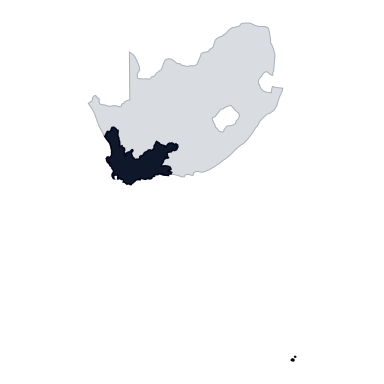 Western Cape highlighted on a map of South Africa
{"feature_id": "ZAF-1189", "entity_name": "Western Cape", "entity_type": "Province", "adm_level": 1, "iso_a3": "ZAF", "parent_name": "South Africa", "parent_adm1": "", "projection": "orthographic", "projection_center": [20.981, -38.718], "detail": "fine", "context": "in_parent", "style": "filled", "palette": "ink", "viewbox_px": 384, "rotation_deg": 0, "n_neighbors": 0, "source": "natural_earth", "source_scale": "10m", "svg_char_len": 9498}
<svg xmlns="http://www.w3.org/2000/svg" viewBox="0 0 384 384"><path d="M242.3,23.3L248.9,23.0L251.8,23.8L255.2,25.5L258.5,26.4L264.1,26.5L266.0,26.9L267.5,27.5L268.5,28.4L269.7,34.0L270.7,40.0L270.5,41.9L270.6,42.6L272.0,45.3L272.5,46.9L273.3,48.3L274.8,54.7L274.9,55.9L273.6,71.0L272.7,72.8L272.9,75.2L271.9,75.4L266.8,71.7L265.8,71.7L264.2,72.7L262.6,74.3L261.9,75.8L258.8,79.6L258.4,82.2L258.5,84.4L259.4,84.6L259.9,86.3L261.2,89.0L263.5,91.0L265.7,92.0L268.9,92.5L271.4,92.8L271.4,91.0L272.4,86.5L276.6,87.6L282.8,88.2L282.1,91.2L279.2,97.7L277.0,105.3L274.8,109.0L273.6,110.5L270.4,113.0L268.7,113.7L267.4,113.9L261.8,119.1L259.6,121.7L257.6,125.6L255.7,127.6L252.9,132.2L248.0,138.8L244.0,143.1L242.3,144.3L241.2,144.8L238.1,147.2L233.8,151.2L230.5,154.8L225.6,158.8L222.8,160.5L218.6,164.0L217.5,164.5L212.8,167.7L209.5,169.6L204.2,171.7L202.2,172.3L197.3,171.4L195.3,171.6L193.5,173.0L193.2,175.2L192.5,175.5L188.1,174.3L186.2,174.3L185.1,175.4L184.2,176.9L181.6,176.8L177.1,175.2L171.7,174.1L170.5,173.9L167.9,175.0L166.9,175.1L163.1,174.8L161.1,174.0L159.0,174.0L157.5,174.6L155.6,174.7L150.5,178.7L147.9,178.7L145.7,179.2L141.7,178.6L140.5,178.9L139.3,179.6L136.6,179.9L135.5,180.5L131.0,184.3L129.1,183.9L126.8,183.9L124.1,182.0L123.0,182.1L123.3,181.5L123.4,180.5L122.4,179.4L121.3,179.5L120.8,178.6L119.1,178.6L117.8,178.9L117.5,175.4L116.9,175.1L115.2,175.1L114.4,175.2L114.1,175.5L113.7,176.3L113.7,178.7L113.1,178.1L112.5,176.6L112.2,175.1L112.4,173.3L113.6,172.6L113.2,170.3L111.2,166.4L110.0,165.6L109.0,163.7L108.1,163.0L107.7,161.6L106.7,160.5L106.4,158.7L106.8,157.6L107.6,157.1L108.4,157.9L109.4,157.5L110.8,156.2L111.6,154.2L111.6,151.1L111.3,149.1L110.0,144.1L109.5,143.0L106.8,139.4L103.7,134.7L99.6,127.2L97.7,122.7L94.6,113.7L91.9,108.6L88.7,103.9L88.3,103.6L88.8,103.0L90.4,101.8L91.1,101.4L91.5,101.5L91.9,101.2L92.2,100.4L92.4,98.7L93.1,96.9L93.8,96.1L95.2,95.5L96.3,96.1L96.8,96.8L97.0,97.6L97.5,98.0L98.3,98.0L98.9,98.5L99.2,99.6L99.2,100.4L98.8,100.9L98.8,101.6L99.4,102.3L100.1,104.1L103.1,104.9L104.7,105.0L106.3,105.4L107.8,106.1L110.3,106.2L113.7,105.7L116.5,105.9L118.7,106.6L120.3,106.7L121.2,106.2L121.6,105.5L121.5,104.5L122.0,103.9L123.1,103.7L124.0,103.0L124.6,101.8L126.2,100.9L128.6,100.1L129.8,100.1L129.4,52.0L133.9,55.3L134.9,56.8L137.1,61.2L139.3,66.8L139.7,69.5L139.6,70.0L137.3,73.7L137.2,75.5L137.5,77.6L138.0,78.6L138.7,79.0L140.3,78.5L142.7,79.0L147.2,78.8L149.5,79.1L150.1,78.9L150.6,78.5L151.2,77.2L151.8,76.8L153.9,76.3L154.9,75.5L156.4,73.1L161.0,69.8L161.5,69.0L164.5,61.0L165.4,59.9L166.7,59.2L169.2,58.7L170.7,59.0L172.3,59.8L174.1,61.0L176.7,63.2L177.7,63.6L180.3,63.8L182.0,65.3L187.0,66.4L188.4,66.4L190.0,65.7L192.6,65.9L195.4,65.5L197.1,64.1L200.7,55.6L201.1,53.7L201.5,53.2L204.2,52.3L207.4,51.8L208.1,51.4L210.2,49.1L213.0,47.3L215.1,40.4L216.4,38.9L217.2,38.2L217.6,38.3L218.3,37.9L219.2,37.1L220.3,36.6L221.5,36.5L222.4,36.0L222.8,35.1L223.4,34.7L224.3,34.8L224.8,34.6L225.0,33.9L227.0,32.6L227.1,32.0L228.3,30.6L230.7,28.5L232.8,27.4L234.8,27.3L238.5,26.4L239.9,25.4L240.8,24.0L242.3,23.3ZM230.0,125.9L233.1,125.0L235.5,123.6L236.2,120.8L238.1,119.2L238.8,117.6L239.5,115.4L238.6,112.9L237.2,112.1L234.8,109.8L233.7,108.3L232.3,107.0L231.2,105.5L229.4,105.8L226.5,106.7L224.8,107.6L223.2,108.7L220.6,109.4L217.9,113.1L217.1,114.0L215.0,116.7L212.2,117.9L212.1,118.4L212.9,120.8L214.0,123.2L215.2,125.2L215.1,126.3L215.5,127.3L216.7,128.0L218.5,130.5L219.5,131.3L222.5,132.1L222.9,132.0L223.8,130.7L224.0,129.7L226.2,126.8L227.2,125.9L230.0,125.9Z" fill="#d9dde1" stroke="#a8b0b8" stroke-width="1"/><path d="M171.1,173.9L170.5,173.9L168.7,174.2L168.3,174.5L168.1,174.7L168.0,174.9L168.0,175.2L168.2,175.4L168.5,175.4L168.5,175.5L164.7,175.1L164.5,174.5L164.2,174.5L164.0,174.3L164.0,174.5L164.3,174.7L164.4,174.9L164.3,175.1L163.8,175.0L163.3,175.0L162.4,174.8L161.8,174.4L161.7,174.0L161.9,173.9L161.7,173.8L161.0,173.6L161.2,174.0L161.6,174.3L161.4,174.3L161.1,174.3L159.9,173.8L159.4,173.8L159.0,173.9L158.4,174.4L157.9,174.6L157.4,174.7L155.9,174.6L155.0,174.8L154.6,175.0L154.2,175.4L154.1,175.7L154.1,175.9L154.5,176.2L154.4,176.3L152.7,176.6L152.3,176.8L152.0,177.1L152.0,177.7L151.7,178.3L151.0,178.7L150.0,178.9L149.6,179.0L148.4,178.7L147.7,178.4L146.6,178.7L146.4,179.0L145.6,179.3L145.2,179.4L144.7,179.3L142.4,178.6L141.4,178.5L140.8,178.5L140.4,178.7L140.5,178.7L139.6,179.0L139.9,179.1L140.2,179.3L140.3,179.6L140.2,179.8L138.1,179.6L136.5,179.8L136.1,180.0L135.7,180.3L134.9,181.3L134.5,181.5L134.3,181.8L133.8,182.0L133.4,182.3L133.2,182.8L132.8,182.8L132.4,183.0L131.6,183.6L131.3,184.0L131.4,184.5L130.8,184.7L130.3,184.6L129.2,183.8L127.5,183.9L127.3,183.9L127.1,184.1L126.8,184.1L126.7,183.9L126.1,183.6L125.3,182.7L124.7,182.4L124.1,181.9L123.9,181.9L123.6,182.0L123.4,182.1L123.2,182.0L123.7,181.1L123.7,180.9L123.7,180.6L123.3,179.7L122.9,179.3L122.0,179.5L121.3,179.5L121.0,179.3L120.6,178.7L120.9,178.6L121.2,177.8L121.0,178.0L120.6,178.5L119.7,178.5L118.3,178.8L117.9,179.1L117.7,179.0L117.6,178.9L117.7,178.6L117.6,178.0L117.9,177.4L117.7,176.5L118.0,176.0L117.6,175.3L117.4,175.2L116.7,175.1L115.7,175.0L114.7,175.1L113.8,175.5L113.5,175.9L113.4,176.2L113.5,176.3L113.7,176.6L113.8,177.1L113.8,178.3L113.8,178.5L114.0,178.7L113.8,178.7L113.5,178.6L113.1,178.1L112.8,177.6L112.8,177.1L112.7,177.0L112.6,176.6L112.2,176.4L112.0,176.1L112.0,175.9L112.3,175.7L112.4,175.1L112.5,174.9L112.2,175.0L112.0,174.7L112.4,173.9L112.6,173.1L112.9,172.8L113.7,172.8L113.9,172.3L113.8,172.0L113.6,171.7L113.2,170.1L112.8,169.2L111.9,168.4L111.8,167.4L111.4,166.8L111.1,166.4L109.9,165.6L110.0,165.4L109.9,165.1L109.0,163.6L108.5,163.1L108.1,162.9L107.6,162.3L108.1,162.1L108.4,162.6L108.6,162.6L108.5,162.8L109.3,163.6L109.6,163.5L109.2,163.0L109.2,162.7L108.9,162.6L108.6,162.3L108.6,161.6L108.4,161.1L108.1,161.0L107.4,161.0L107.6,161.3L107.1,161.6L107.0,161.4L106.7,160.7L106.8,160.5L106.5,159.7L106.7,159.2L106.3,158.6L106.5,158.5L106.9,158.2L106.9,157.3L107.6,157.0L107.8,157.0L107.7,157.1L107.8,157.3L108.4,157.8L108.9,158.0L109.4,157.9L111.0,156.1L111.3,155.6L111.7,154.0L111.7,153.5L111.6,152.6L111.4,152.1L111.5,151.9L111.7,151.5L111.8,151.0L111.3,149.2L111.1,147.8L110.8,146.9L110.8,146.1L110.3,145.2L110.3,144.9L110.1,144.0L109.9,143.5L108.4,141.4L107.8,140.8L107.6,140.4L107.1,139.9L106.6,139.2L106.3,138.9L106.0,138.0L105.4,137.5L104.8,136.5L105.4,136.6L105.4,135.2L106.0,134.5L106.1,133.5L106.8,132.8L107.0,131.9L107.6,131.3L108.0,131.3L109.1,131.9L110.1,131.4L110.7,130.5L111.1,129.6L111.4,128.6L111.9,127.6L112.5,127.9L112.7,127.5L113.0,127.2L113.6,127.1L115.7,128.5L116.4,129.5L117.0,130.0L118.1,130.4L118.1,132.0L117.7,132.5L118.0,133.3L117.7,134.2L118.2,136.6L118.4,137.3L118.9,137.9L118.8,138.5L119.0,139.7L119.0,140.3L119.1,140.6L119.4,140.8L119.7,141.7L119.6,142.8L119.8,143.9L119.8,144.5L119.5,145.0L119.4,145.9L120.1,145.9L120.6,146.2L120.9,146.1L121.2,146.2L121.5,146.1L122.0,145.7L122.1,145.8L121.9,146.6L122.4,147.0L122.8,147.6L123.1,147.7L123.3,147.8L123.7,147.7L124.2,148.2L124.5,148.3L124.5,149.3L124.7,150.3L124.2,150.9L124.0,151.3L124.1,152.3L124.7,153.4L124.6,155.0L125.3,155.7L125.9,155.4L126.0,155.2L125.7,154.7L125.7,154.3L126.1,153.3L126.3,153.1L126.6,153.2L127.1,153.0L127.4,152.6L128.2,152.1L129.0,152.1L129.6,151.9L130.7,151.0L131.0,150.5L131.3,150.4L132.0,149.6L132.4,149.6L132.6,149.7L132.9,150.3L132.9,150.9L132.0,152.0L131.4,152.6L131.4,153.2L131.6,154.1L131.9,155.0L132.4,156.2L132.6,156.9L132.9,157.3L133.7,157.8L134.3,158.6L134.5,159.0L134.8,159.1L135.3,159.6L136.0,159.4L136.7,159.1L137.0,159.1L137.4,159.3L138.5,159.3L139.4,158.5L139.6,157.8L139.8,156.6L140.3,156.1L141.1,155.8L142.3,155.5L143.1,155.1L143.7,153.9L144.0,153.2L144.7,152.8L145.2,152.1L146.6,151.7L147.7,150.9L148.1,150.3L148.6,150.0L149.0,149.9L149.5,150.1L149.9,149.9L151.5,150.3L152.1,150.2L152.8,149.7L153.1,149.2L153.8,148.5L154.0,148.4L154.3,147.9L154.0,147.2L154.2,145.7L154.4,145.3L154.8,145.2L156.2,141.9L156.5,141.4L158.6,142.6L159.1,142.9L159.6,143.5L160.1,144.3L161.1,144.6L161.8,145.0L162.6,145.1L163.1,145.3L163.9,145.4L164.8,145.8L165.0,146.4L165.3,147.0L166.8,145.6L167.1,145.2L167.9,144.1L168.6,143.7L169.2,143.2L170.6,143.2L171.3,143.0L171.7,143.0L172.5,143.1L173.5,143.7L173.8,143.9L173.9,144.2L173.8,144.5L174.4,144.9L175.2,144.4L175.5,144.0L175.9,143.8L176.2,143.9L176.7,144.6L177.6,144.9L177.7,145.3L177.5,145.6L177.4,145.8L177.3,146.2L177.6,146.4L177.9,146.7L177.9,147.1L177.6,147.5L177.2,147.7L177.1,147.9L177.1,148.3L176.9,148.5L177.0,149.0L176.8,149.3L176.4,149.6L176.1,150.0L174.5,150.6L173.0,150.1L172.6,150.3L172.1,150.7L171.6,151.6L171.2,151.8L169.5,152.0L168.9,152.2L168.1,152.1L167.7,152.6L167.1,153.0L167.1,154.1L167.3,154.6L167.5,155.2L167.5,155.6L167.5,156.3L167.8,156.7L168.0,157.2L168.5,157.6L168.0,158.1L167.2,158.1L166.5,158.1L165.6,158.4L165.1,157.7L165.1,158.6L165.0,158.9L164.3,159.1L163.7,159.9L163.7,160.3L163.3,160.8L163.5,161.3L163.3,161.9L161.3,164.9L161.2,165.4L161.3,165.9L163.1,166.0L164.5,165.8L167.1,166.0L169.0,166.5L169.8,166.9L170.4,167.4L170.6,168.3L171.1,169.1L171.0,169.4L168.9,170.2L168.1,171.1L169.1,171.3L169.4,171.2L169.7,171.2L170.1,171.4L170.3,171.7L171.7,172.4L171.1,173.3L171.1,173.9ZM292.3,358.9L292.6,358.9L292.9,359.0L293.7,359.4L294.0,360.0L294.0,360.4L293.8,360.7L293.5,360.9L293.2,361.0L293.0,360.8L291.9,360.6L291.4,360.4L291.3,360.1L291.3,359.8L292.3,358.9ZM294.6,356.8L294.7,356.5L295.0,356.4L295.4,356.4L295.7,356.7L295.6,357.1L295.2,357.1L294.8,357.0L294.6,356.8Z" fill="#0f172a" stroke="#020617" stroke-width="1.5"/></svg>